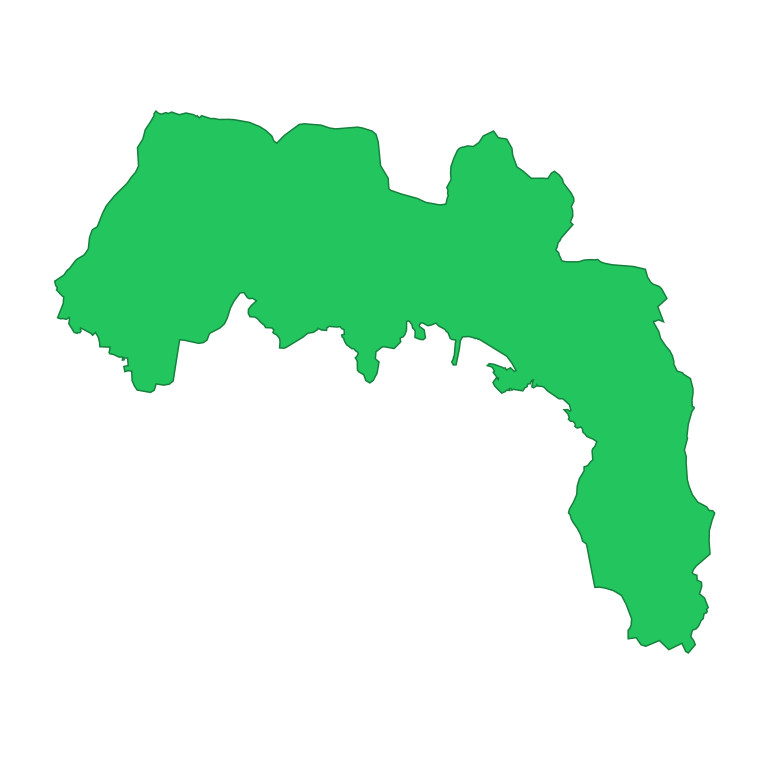 outline of Avramesti, Harghita, Romania, rotated 87°
{"feature_id": "2599482B64108004805491", "entity_name": "Avramesti", "entity_type": "district", "adm_level": 2, "iso_a3": "ROU", "parent_name": "Romania", "parent_adm1": "Harghita", "projection": "albers", "projection_center": [25.039, 46.361], "detail": "fine", "context": "isolated", "style": "filled", "palette": "green", "viewbox_px": 768, "rotation_deg": 87, "n_neighbors": 0, "source": "geoboundaries", "source_scale": "gbopen_adm2", "svg_char_len": 6085}
<svg xmlns="http://www.w3.org/2000/svg" viewBox="0 0 768 768"><g transform="rotate(87 384 384)"><path d="M358.1,642.1L357.3,638.8L358.0,635.2L367.2,635.4L372.8,633.4L377.1,630.8L380.2,617.6L378.1,613.7L372.0,611.6L373.6,603.9L372.9,598.4L370.0,594.4L329.2,585.8L329.8,581.2L333.7,566.9L333.2,562.2L330.9,558.5L324.4,555.6L319.6,545.1L315.6,540.2L309.8,537.0L300.1,533.4L293.3,529.4L285.5,522.9L285.4,519.0L290.4,516.0L291.7,514.3L291.6,510.5L294.3,507.0L298.5,512.2L302.4,515.5L306.5,515.8L309.8,514.3L310.3,509.8L311.9,507.1L316.1,503.8L319.1,500.4L321.5,499.3L322.1,493.1L324.3,491.1L326.8,492.3L328.1,491.0L328.9,489.0L333.0,485.9L336.4,485.6L342.5,486.4L343.0,482.6L342.6,480.3L332.9,462.3L329.3,457.5L328.7,451.7L326.3,447.6L324.9,446.9L326.8,443.6L327.5,438.6L324.9,438.1L323.6,435.8L324.6,428.3L324.5,424.8L326.5,423.3L327.7,421.0L332.3,421.1L332.8,423.7L334.9,423.3L336.3,421.8L338.7,421.4L342.8,419.3L347.0,414.3L347.1,412.4L349.5,410.5L350.8,408.7L352.2,408.2L354.3,409.1L356.4,411.3L359.6,409.5L368.8,409.8L370.7,408.3L373.7,403.7L379.6,402.0L382.2,398.1L379.9,394.6L373.0,390.4L361.8,387.8L358.4,391.3L351.5,390.4L346.9,383.9L346.8,382.0L349.1,372.0L342.8,365.1L339.1,365.6L337.8,362.3L335.9,360.6L331.3,358.7L323.3,358.2L322.4,357.6L322.3,356.4L322.9,355.1L326.4,353.0L329.7,352.5L330.1,351.7L332.7,350.1L339.1,350.6L341.4,345.5L341.8,342.4L340.0,340.2L332.0,341.1L328.4,345.5L327.4,345.8L325.0,344.2L325.0,342.2L328.1,337.2L327.6,333.8L325.9,329.0L329.2,326.0L332.6,320.3L334.4,319.3L336.3,317.3L341.9,315.5L343.1,314.0L343.7,310.4L345.1,309.9L346.2,310.5L359.1,312.3L361.2,313.3L361.4,312.9L365.5,315.2L368.6,313.8L368.6,311.0L352.8,306.9L344.8,305.5L341.1,303.1L341.0,296.9L342.5,291.9L343.4,290.6L343.2,288.7L344.4,287.6L344.2,286.7L362.7,259.9L370.0,255.1L377.5,251.4L378.3,253.2L374.4,256.9L376.5,261.0L374.2,262.1L374.6,263.6L373.8,264.4L370.1,273.1L369.2,277.8L371.1,279.9L372.4,276.0L373.3,274.8L376.9,273.0L377.5,273.2L377.7,274.2L378.4,274.2L383.9,270.4L383.9,269.3L385.5,269.6L383.8,271.5L388.1,275.1L391.9,273.5L399.3,266.9L398.0,263.5L396.7,262.0L397.0,258.7L395.6,259.5L395.0,258.5L395.7,257.1L396.8,256.6L396.1,255.2L398.1,245.8L395.1,243.4L394.1,241.2L392.5,240.8L391.4,239.9L391.4,238.0L389.6,237.4L387.8,235.7L387.8,234.6L389.7,235.6L394.6,236.5L395.6,234.9L393.9,231.8L393.0,231.4L394.0,231.0L394.8,225.9L395.8,224.1L399.7,220.8L407.9,210.0L408.1,206.2L414.5,199.9L420.1,198.7L421.1,199.7L419.2,201.9L419.2,205.5L423.5,201.9L427.2,200.8L428.8,201.7L430.9,199.7L431.3,197.1L433.1,195.6L434.9,194.9L436.2,195.7L437.6,194.3L438.1,193.0L437.2,189.5L439.0,188.3L442.7,187.8L444.8,185.6L447.1,184.1L449.9,178.3L452.7,174.5L457.3,176.6L459.7,179.0L461.5,179.7L470.8,179.5L472.5,181.9L475.5,184.2L476.7,186.1L477.1,188.5L481.3,188.8L488.9,193.9L496.1,196.4L504.4,197.3L511.6,200.8L518.8,205.4L522.4,206.5L524.5,204.9L528.7,204.0L532.8,202.0L538.2,198.5L545.3,195.3L551.3,193.9L554.4,190.2L598.1,184.1L598.1,179.9L599.3,174.1L602.4,165.6L607.6,157.9L616.7,153.7L631.5,149.0L637.7,149.8L640.8,151.3L642.7,153.1L651.2,153.5L650.5,145.4L657.8,141.0L659.6,136.4L654.6,122.4L664.2,113.4L658.5,100.0L666.9,96.7L668.5,94.2L660.6,86.8L656.4,88.2L652.5,90.8L647.2,89.4L645.8,88.4L644.8,85.0L642.1,82.5L637.0,79.8L635.1,77.6L630.0,76.3L629.4,73.9L628.0,73.1L626.0,73.7L624.2,71.9L614.4,75.2L610.2,79.9L602.4,77.2L598.5,77.4L596.2,81.6L591.4,81.5L589.9,85.2L588.4,86.0L585.3,84.6L582.0,81.6L570.8,67.3L558.4,67.6L547.5,66.8L537.5,63.6L530.3,60.5L527.7,62.5L527.3,65.9L523.6,68.2L518.4,76.8L510.8,81.8L502.2,84.7L495.5,86.1L477.7,86.4L472.5,85.9L465.7,87.5L453.9,83.7L452.5,84.3L440.0,82.2L427.7,78.0L424.3,75.5L423.4,75.6L422.5,77.3L416.4,77.3L409.4,75.9L404.8,75.7L394.6,77.7L390.1,84.1L388.4,85.3L386.5,90.5L379.2,93.7L377.1,93.3L371.0,94.5L365.8,96.8L360.8,100.7L352.9,105.4L346.0,106.8L336.3,111.7L335.5,111.3L335.5,109.9L334.3,106.4L336.5,101.6L321.2,106.5L313.4,97.0L303.6,101.7L301.1,103.9L298.4,110.0L296.3,112.3L291.1,115.2L283.1,117.0L279.7,128.8L276.9,149.9L274.9,157.8L273.3,161.4L270.8,164.1L271.1,166.4L270.6,171.3L270.7,177.7L272.0,182.4L272.1,185.3L271.5,195.4L270.4,199.9L264.4,202.3L261.9,202.7L259.5,205.2L258.4,205.2L256.7,204.0L251.9,202.7L250.1,200.8L247.4,199.4L234.7,187.0L232.5,189.1L231.5,189.2L226.2,186.7L220.2,186.6L216.8,187.7L211.4,184.8L209.9,184.8L208.1,184.9L203.1,187.1L192.9,194.2L188.7,195.2L187.1,196.2L184.5,198.1L180.5,202.6L182.2,205.9L187.4,209.5L186.8,214.9L186.3,226.2L178.3,234.4L174.2,239.9L162.2,243.5L155.3,243.9L145.9,248.6L144.0,257.0L137.1,261.3L141.5,271.9L147.8,276.5L151.5,282.3L150.6,288.3L151.7,292.2L151.4,293.0L152.7,296.5L154.6,298.4L161.7,302.2L170.5,305.8L177.1,306.5L183.3,306.3L191.1,311.0L193.7,310.0L197.9,310.5L199.1,309.8L201.6,311.1L207.6,312.8L208.1,318.9L204.8,332.8L200.4,341.1L195.2,356.7L191.0,367.1L189.3,368.9L178.7,369.1L165.8,376.0L142.0,377.1L134.3,378.9L130.8,382.6L127.2,392.2L126.1,396.9L126.7,419.0L125.6,424.7L122.2,433.3L120.0,449.9L120.4,455.1L130.4,470.3L137.9,478.5L135.5,481.3L130.4,483.1L124.5,488.9L120.6,494.5L115.7,504.7L112.2,519.8L111.6,525.2L111.2,535.3L110.0,539.4L109.9,543.1L106.5,552.1L108.6,554.6L106.3,556.6L106.9,557.3L105.0,560.3L103.0,567.6L104.4,574.3L101.3,581.9L102.6,585.1L101.6,587.7L102.9,592.3L101.7,595.2L99.5,597.5L102.0,599.5L103.8,599.5L109.7,603.2L117.6,609.1L127.0,612.1L135.0,617.8L153.5,617.7L159.7,621.1L163.9,625.2L170.1,630.0L182.0,643.3L191.4,651.9L198.6,656.0L212.0,662.1L214.3,666.6L215.2,667.5L222.3,670.4L233.5,672.2L237.5,675.1L239.6,676.9L243.1,683.8L244.6,685.6L252.3,692.1L253.7,694.3L258.4,697.9L264.1,707.5L268.3,706.7L271.0,705.1L272.8,706.2L279.3,700.7L280.0,699.3L286.8,700.1L300.8,706.5L302.0,703.3L301.8,701.2L302.8,697.9L301.0,694.9L302.3,694.6L307.3,695.6L316.3,690.7L317.3,687.6L316.7,687.1L316.8,685.0L315.5,683.8L312.9,684.4L312.1,684.1L318.1,673.9L320.1,672.5L317.5,669.4L322.3,666.9L328.0,665.8L331.9,665.8L332.9,655.5L338.3,656.9L339.4,656.2L340.5,652.3L343.3,647.1L343.3,643.7L346.5,644.0L346.2,642.2L344.3,642.1L344.7,638.7L352.3,638.5L352.9,642.9L358.1,642.1Z" fill="#22c55e" stroke="#15803d" stroke-width="1.5"/></g></svg>